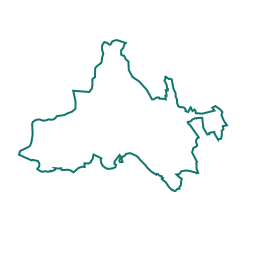 Carlow Lea-7, Carlow, Ireland (Equal Earth projection), rotated 25°
{"feature_id": "5873133B49983124461260", "entity_name": "Carlow Lea-7", "entity_type": "district", "adm_level": 2, "iso_a3": "IRL", "parent_name": "Ireland", "parent_adm1": "Carlow", "projection": "equal_earth", "projection_center": [-6.883, 52.832], "detail": "fine", "context": "isolated", "style": "outline", "palette": "teal", "viewbox_px": 256, "rotation_deg": 25, "n_neighbors": 0, "source": "geoboundaries", "source_scale": "gbopen_adm2", "svg_char_len": 2838}
<svg xmlns="http://www.w3.org/2000/svg" viewBox="0 0 256 256"><g transform="rotate(25 128 128)"><path d="M40.8,160.0L39.2,162.8L39.3,164.6L44.3,174.1L46.6,182.2L46.7,185.3L46.1,186.9L40.0,194.4L40.5,198.3L53.7,198.1L54.6,198.0L54.9,197.2L60.4,196.0L62.5,197.6L63.3,198.9L63.7,200.9L63.1,203.5L66.0,204.1L68.7,204.0L71.0,202.3L74.8,201.1L76.0,199.5L76.4,199.8L77.4,199.2L79.5,196.7L79.6,195.5L78.7,195.3L82.0,194.2L84.5,192.7L85.2,194.0L86.2,193.9L88.5,192.9L90.4,191.5L93.6,190.7L97.4,191.2L100.1,185.0L103.1,182.3L105.2,181.6L103.4,178.5L107.4,176.8L108.8,174.5L108.5,173.5L109.1,171.5L108.0,166.6L116.6,166.7L116.8,168.5L118.5,171.0L121.3,173.0L122.5,173.3L125.2,173.8L127.1,173.5L131.0,171.2L133.1,168.9L132.7,166.4L130.8,166.2L129.9,164.3L131.8,156.0L133.4,157.0L134.0,161.6L135.3,162.3L137.4,161.1L135.0,158.3L135.2,156.4L136.6,154.9L137.2,152.3L140.7,149.8L146.8,149.7L149.4,150.2L152.6,151.8L159.5,154.3L162.1,155.8L167.8,157.7L173.4,158.3L173.3,157.6L174.6,157.1L176.6,157.9L179.0,157.5L179.2,158.4L180.9,158.5L180.3,160.0L185.2,161.2L190.0,164.2L193.8,165.5L194.7,165.1L195.3,165.6L197.6,165.1L198.3,162.7L200.3,161.2L199.6,160.2L200.1,157.4L198.8,154.3L198.2,151.2L196.8,151.3L191.5,149.7L194.0,148.1L194.6,144.8L197.9,142.3L201.0,141.1L207.8,139.8L209.4,139.9L210.6,139.1L207.2,135.8L205.5,131.9L204.7,131.2L204.9,129.7L196.4,123.0L195.7,118.6L198.1,115.1L197.6,113.9L195.9,112.4L194.9,110.4L195.1,108.1L196.2,106.7L183.0,99.1L181.1,98.8L179.6,97.2L181.1,96.3L182.3,94.9L182.5,93.5L184.9,90.5L186.2,90.4L186.7,89.6L190.9,87.4L196.3,96.1L202.6,100.4L204.3,99.2L203.7,98.3L204.1,97.8L207.9,95.1L209.3,96.9L214.7,100.5L214.6,100.0L216.8,98.4L216.3,95.5L214.1,90.7L215.1,88.9L213.1,86.3L216.5,83.7L211.8,80.9L207.2,76.8L206.9,73.7L203.5,72.1L197.9,71.2L195.8,74.0L199.0,75.7L189.3,83.6L183.3,85.9L181.5,83.6L180.4,83.2L179.3,85.3L177.2,83.9L176.6,82.8L175.9,82.8L175.8,88.1L173.0,88.4L172.3,86.8L170.5,85.9L169.0,86.0L165.9,87.2L163.9,86.7L161.4,83.9L160.4,81.5L158.0,79.5L156.5,76.5L152.3,72.8L147.2,65.6L145.5,65.4L144.3,66.4L140.6,65.5L140.2,66.1L141.0,67.3L141.1,69.7L144.8,72.6L146.7,75.5L147.7,75.7L148.2,77.4L146.4,77.8L149.4,82.5L148.3,83.0L150.1,86.1L148.4,86.3L144.1,88.1L143.2,87.3L141.7,87.9L140.5,88.9L139.0,91.4L137.6,91.9L128.8,85.4L118.1,81.0L110.6,79.9L104.2,75.1L100.3,67.6L96.8,66.6L94.0,64.2L92.4,64.6L90.8,64.4L88.9,60.4L89.9,57.6L89.4,53.9L90.1,51.9L81.4,52.9L79.8,53.6L77.2,56.1L76.9,59.7L76.3,60.2L75.3,60.3L73.5,59.6L70.2,60.1L69.7,64.3L71.3,67.8L74.3,71.2L74.7,74.9L76.1,79.2L76.0,80.8L73.5,85.4L73.1,87.9L76.6,95.9L75.0,98.6L77.7,104.3L78.6,107.7L77.6,111.8L62.6,117.4L69.3,126.2L72.2,132.7L70.4,136.9L66.8,140.5L64.8,143.2L58.5,147.3L57.8,150.2L56.4,152.1L55.3,152.8L52.2,153.8L51.0,155.3L48.6,156.9L47.6,157.3L44.8,157.5L42.6,158.5L40.8,160.0Z" fill="none" stroke="#0f766e" stroke-width="2"/></g></svg>